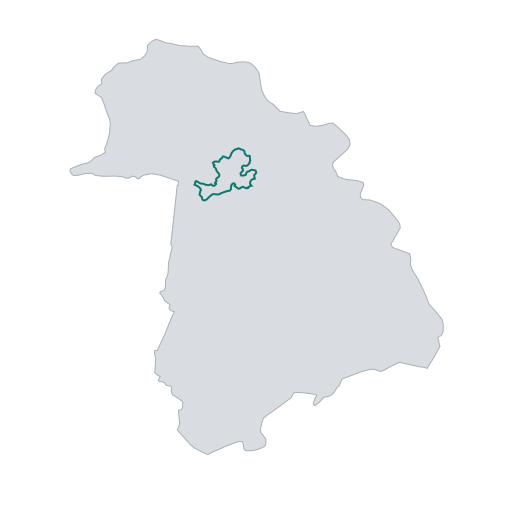 where Balé sits in Burkina Faso, rotated 97°
{"feature_id": "BFA-2803", "entity_name": "Balé", "entity_type": "Province", "adm_level": 1, "iso_a3": "BFA", "parent_name": "Burkina Faso", "parent_adm1": "", "projection": "equal_earth", "projection_center": [-3.038, 11.667], "detail": "fine", "context": "in_parent", "style": "outline", "palette": "teal", "viewbox_px": 512, "rotation_deg": 97, "n_neighbors": 0, "source": "natural_earth", "source_scale": "10m", "svg_char_len": 5261}
<svg xmlns="http://www.w3.org/2000/svg" viewBox="0 0 512 512"><g transform="rotate(97 256 256)"><path d="M383.0,342.3L369.8,343.0L365.0,344.9L362.1,345.0L362.0,343.4L361.6,342.4L344.9,337.0L333.2,333.9L321.3,330.3L320.7,333.6L319.0,335.8L316.4,335.9L314.6,335.4L313.5,338.0L311.5,341.3L308.8,343.0L306.1,345.1L304.6,346.9L303.5,346.9L300.7,342.6L297.1,342.2L290.4,342.9L287.4,341.7L283.2,341.2L273.5,342.0L257.8,340.3L255.3,341.2L254.6,342.0L239.1,342.2L222.1,342.4L207.9,342.6L195.4,342.8L195.4,342.1L191.4,342.0L191.0,343.4L187.4,360.7L187.1,370.0L188.9,375.9L191.0,379.6L193.4,381.1L193.7,383.2L191.8,385.9L191.9,388.7L194.1,391.5L194.7,394.6L193.6,397.7L193.8,405.3L195.5,417.3L195.6,425.1L194.0,428.6L194.7,434.7L197.8,443.3L198.3,447.0L197.2,448.7L194.7,450.9L192.1,450.8L189.1,445.6L187.8,443.3L185.4,438.0L183.3,432.7L180.5,430.4L177.8,428.2L174.4,421.5L171.2,418.3L167.8,419.2L162.8,417.9L152.8,416.3L142.0,416.8L137.5,418.3L133.1,420.8L121.9,426.2L117.5,428.8L114.1,435.6L110.3,435.4L106.5,433.3L104.1,430.2L99.0,430.9L94.1,427.9L89.3,422.0L85.8,420.1L81.3,415.9L80.1,407.8L77.3,402.2L74.7,394.3L70.8,390.8L66.4,388.9L60.2,389.3L56.1,386.2L53.0,381.6L53.8,377.6L55.3,371.9L55.5,366.5L56.4,357.7L55.9,346.6L54.8,338.9L58.2,335.7L62.1,332.8L64.6,327.6L67.2,315.9L68.3,305.8L67.5,302.0L66.2,299.0L65.2,294.6L64.6,289.3L65.3,284.7L68.3,280.4L72.0,276.8L74.7,275.0L81.7,273.2L90.5,270.6L95.6,267.5L99.3,264.5L101.3,262.1L103.4,257.2L106.8,253.3L109.5,249.5L109.9,238.8L109.8,232.7L107.9,229.3L106.9,226.4L119.8,218.1L120.0,212.2L118.2,205.6L115.6,200.2L114.7,195.7L118.3,190.3L121.5,186.2L123.8,182.8L128.9,177.5L134.2,176.2L139.0,178.1L153.2,190.5L155.7,191.3L158.6,190.3L162.4,187.1L167.2,184.5L169.0,176.3L168.9,164.1L170.0,158.6L172.5,157.6L180.7,159.9L182.8,160.0L185.2,159.2L186.9,157.1L186.8,153.2L186.5,149.7L189.1,138.5L194.0,130.0L203.8,119.4L206.8,117.3L210.4,116.2L227.9,123.5L230.8,121.7L235.1,103.7L239.8,102.0L245.5,101.7L249.2,100.1L251.2,98.9L259.5,92.1L274.2,82.8L282.1,78.8L283.7,77.3L289.3,70.7L296.8,63.2L301.6,61.7L308.2,61.1L312.4,62.3L313.5,64.5L314.9,65.6L323.5,62.4L335.9,67.5L346.7,72.5L346.0,75.7L346.0,81.3L345.1,90.2L344.1,100.9L348.6,107.8L353.9,115.3L355.3,118.2L354.0,125.5L355.0,129.8L357.8,137.0L362.6,146.1L367.6,155.5L371.0,156.7L374.2,157.4L376.2,159.1L379.1,160.7L381.9,161.8L384.4,163.9L386.0,165.9L388.1,171.7L393.7,175.5L397.5,179.2L396.0,181.2L391.2,180.4L386.7,178.7L386.1,181.5L385.9,192.1L386.7,201.0L387.8,202.1L392.3,203.8L403.3,215.3L413.1,226.1L416.5,229.0L421.9,230.0L428.0,230.5L430.6,229.5L436.5,224.0L439.6,223.4L442.5,223.6L444.1,224.4L446.9,228.9L449.6,235.7L450.4,240.6L450.2,243.3L449.3,244.3L444.5,245.6L442.4,246.6L441.9,248.1L442.6,251.4L443.6,253.6L448.9,263.4L456.7,276.5L459.0,279.9L457.7,283.8L453.9,294.1L451.0,298.4L438.3,312.9L432.0,311.2L418.8,314.2L416.8,310.8L413.7,310.4L409.9,311.0L408.5,312.2L408.1,313.7L406.7,315.7L404.3,321.4L402.4,322.9L400.1,323.8L397.2,323.7L395.5,324.4L395.5,327.3L395.0,329.8L393.1,331.0L392.3,333.8L392.4,336.6L391.3,337.8L388.8,337.1L387.3,336.4L385.9,339.9L384.2,342.3L383.0,342.3Z" fill="#d9dde1" stroke="#a8b0b8" stroke-width="1"/><path d="M186.8,269.1L187.0,269.9L187.3,270.5L188.2,271.3L188.5,272.0L188.8,272.3L189.4,272.1L189.6,272.2L189.9,273.1L189.8,273.8L189.7,274.4L189.6,275.3L189.5,275.7L189.0,277.0L188.9,277.6L190.0,279.3L190.8,280.2L191.3,281.0L191.3,281.9L189.3,285.2L189.1,285.8L188.5,285.8L187.9,285.5L187.5,285.4L186.6,286.8L187.0,288.0L188.3,288.9L189.8,289.2L192.9,289.1L194.3,289.9L194.9,291.8L194.9,292.2L197.8,298.1L198.8,299.5L199.1,299.7L199.3,300.2L199.6,301.7L199.8,306.2L200.5,307.2L202.0,308.7L206.1,312.1L207.0,313.5L207.1,315.0L206.4,316.0L205.5,316.6L204.1,316.9L203.2,318.2L202.0,319.5L200.2,319.4L198.6,319.2L197.2,318.7L195.9,319.4L194.6,321.0L193.8,322.4L192.9,325.1L192.7,325.7L191.7,325.3L189.5,325.2L188.9,324.5L189.4,323.1L189.9,322.0L190.7,320.4L190.8,319.6L190.7,317.4L190.8,316.6L191.3,315.3L191.4,314.5L191.5,312.1L191.4,311.4L191.1,310.8L190.5,309.7L190.3,309.1L191.2,308.0L191.4,307.7L191.5,307.0L191.4,306.0L190.4,305.0L189.7,304.5L189.1,304.5L188.9,305.2L188.5,305.6L187.9,305.4L187.0,304.6L186.3,304.3L185.6,304.7L184.6,305.0L183.7,304.5L182.7,303.4L181.4,302.4L180.1,302.2L179.4,302.5L178.8,302.9L177.1,304.8L176.0,305.7L174.8,306.1L173.6,307.0L172.6,308.5L171.7,308.9L170.9,308.3L169.8,309.5L168.5,310.1L167.4,308.7L167.0,307.1L167.1,304.6L166.8,304.1L165.8,303.7L164.6,303.5L163.9,302.8L163.2,301.8L161.5,301.2L161.1,300.4L162.2,296.4L162.6,295.5L162.4,295.0L161.4,294.3L159.8,293.5L156.6,292.7L154.7,291.5L152.6,289.6L152.4,288.6L152.0,287.5L151.4,286.9L151.3,286.1L152.0,284.0L152.2,282.5L152.6,281.4L153.3,280.5L154.1,280.0L155.6,279.7L156.6,278.8L157.3,278.0L157.7,276.8L157.4,275.2L157.5,274.4L161.8,273.4L163.1,273.6L163.5,273.9L164.4,273.6L167.3,275.6L167.8,277.4L167.7,279.4L168.7,280.5L170.2,280.8L171.2,279.8L172.6,279.2L175.7,281.4L177.0,281.2L177.9,280.4L177.8,279.1L177.3,277.1L176.4,275.9L174.5,275.7L173.4,274.9L172.8,273.4L171.6,272.0L170.9,270.8L171.1,267.2L172.0,266.3L173.4,265.9L176.1,267.7L177.6,267.3L179.0,266.7L179.6,266.7L179.8,267.9L180.5,269.2L181.0,269.7L181.6,270.2L183.4,270.8L185.2,270.6L186.2,269.8L186.8,269.1Z" fill="none" stroke="#0f766e" stroke-width="2"/></g></svg>